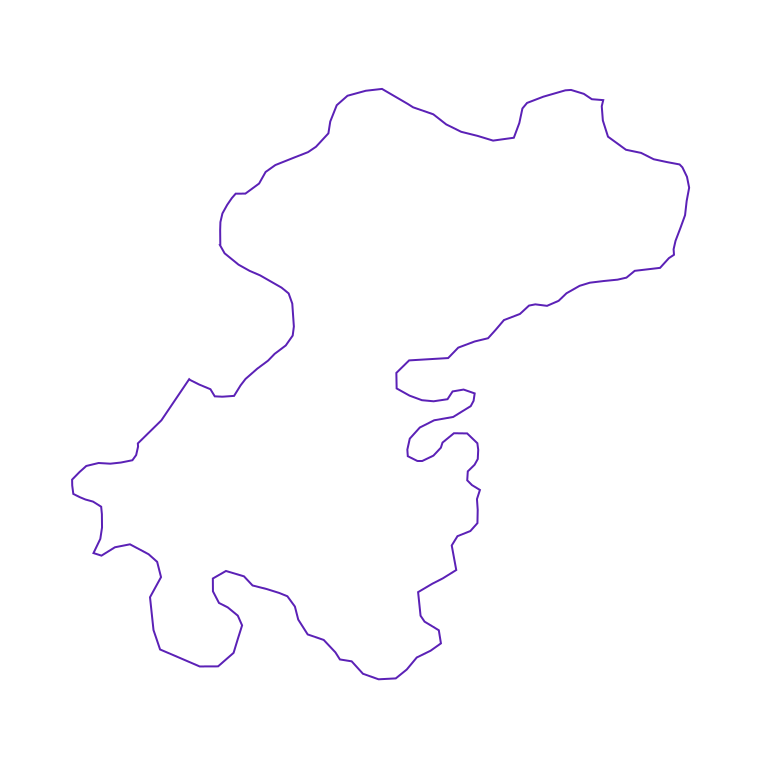 outline of Khojavend District, Xocavənd, Azerbaijan, rotated 356°
{"feature_id": "54616110B38461317640181", "entity_name": "Khojavend District", "entity_type": "district", "adm_level": 2, "iso_a3": "AZE", "parent_name": "Azerbaijan", "parent_adm1": "Xocavənd", "projection": "natural_earth1", "projection_center": [47.013, 39.65], "detail": "fine", "context": "isolated", "style": "outline", "palette": "violet", "viewbox_px": 768, "rotation_deg": 356, "n_neighbors": 0, "source": "geoboundaries", "source_scale": "gbopen_adm2", "svg_char_len": 2668}
<svg xmlns="http://www.w3.org/2000/svg" viewBox="0 0 768 768"><g transform="rotate(356 384 384)"><path d="M622.5,116.1L611.2,114.4L603.6,108.5L591.1,103.7L585.4,103.7L563.0,108.5L546.3,113.6L541.3,118.8L537.2,133.1L530.7,147.4L509.8,148.8L494.6,143.0L478.6,137.8L464.2,129.4L452.0,118.4L432.3,110.0L427.3,106.3L402.6,89.5L386.3,90.2L367.7,93.9L356.3,102.6L348.7,118.4L346.0,130.1L332.7,142.6L324.4,147.4L310.3,151.8L290.9,158.0L280.7,164.2L273.4,175.3L259.0,184.4L249.3,183.8L245.2,187.9L240.1,194.3L234.7,202.6L232.1,211.1L231.3,218.9L230.4,233.8L230.0,233.9L234.1,242.5L247.2,254.8L257.9,261.8L268.0,267.0L288.5,280.7L295.2,287.0L298.1,297.4L298.1,307.4L298.1,320.4L296.3,329.3L288.7,338.7L277.0,346.3L270.0,352.6L258.6,359.9L246.2,369.3L240.8,375.4L233.6,385.4L221.9,385.4L214.3,384.5L210.5,377.1L199.7,371.7L190.9,366.5L190.0,365.6L159.4,404.7L134.3,426.1L134.3,429.3L131.8,437.6L127.7,442.5L116.0,444.0L105.4,444.4L93.8,442.9L81.3,445.0L74.1,450.6L66.2,457.6L65.9,463.5L66.4,472.0L72.7,475.7L78.1,478.4L85.5,481.0L93.3,486.7L93.5,494.2L92.7,507.5L90.2,518.7L82.4,532.4L90.2,535.5L104.2,528.1L119.4,526.2L137.3,537.4L145.3,545.6L148.1,561.1L135.7,580.4L136.9,613.4L139.2,622.1L142.1,633.2L161.6,643.2L180.4,652.9L189.4,653.5L198.8,654.1L215.2,641.7L220.4,628.1L225.6,614.9L222.0,604.9L212.5,595.9L204.1,590.9L198.9,578.9L199.7,566.1L213.3,559.5L230.9,566.1L238.8,575.8L252.8,580.4L264.8,585.1L272.8,589.0L279.6,599.8L282.0,613.0L290.4,628.5L306.0,635.1L316.8,648.3L320.8,655.7L332.4,658.4L342.8,671.6L358.0,678.2L375.2,678.5L386.8,670.4L397.6,659.1L411.9,653.3L422.7,646.7L421.5,633.5L407.9,623.9L404.3,617.7L403.5,594.0L418.3,586.6L429.1,582.0L432.5,580.2L443.1,574.6L440.3,549.8L446.7,540.9L459.9,536.7L467.5,529.3L468.7,516.1L468.7,505.3L472.3,496.4L464.7,491.0L460.3,485.9L461.5,477.0L468.7,470.9L472.3,465.4L473.4,456.2L473.0,449.6L463.5,439.1L450.3,438.0L438.3,446.5L436.3,451.5L428.3,458.9L416.7,463.5L411.9,463.1L402.7,457.7L402.7,451.1L405.9,440.3L416.7,429.9L431.5,423.7L450.7,421.7L460.2,416.7L469.0,412.1L472.2,407.0L473.8,399.7L463.0,395.1L451.9,396.2L446.3,403.6L432.3,404.7L420.7,402.8L408.7,397.4L396.3,389.3L397.1,373.8L410.7,362.2L449.8,362.6L460.6,352.9L477.4,347.9L491.0,345.6L499.0,337.9L508.1,328.6L524.5,323.6L534.1,315.9L540.5,315.1L552.1,317.4L564.0,313.2L572.4,306.2L586.0,299.7L596.4,297.3L610.4,296.6L624.3,296.2L633.3,294.8L642.0,288.6L667.5,287.4L677.0,278.3L682.3,275.3L682.3,269.8L684.8,261.5L690.6,249.0L696.1,236.6L698.7,222.5L702.1,209.5L700.7,198.5L696.8,188.7L694.2,185.6L681.9,182.4L668.7,178.6L656.6,171.4L641.7,167.2L624.7,152.9L620.7,136.4L620.6,122.1L622.5,116.1Z" fill="none" stroke="#5b21b6" stroke-width="2"/></g></svg>